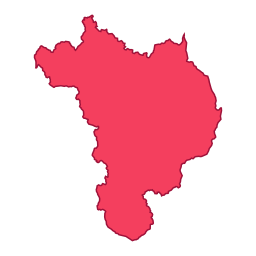 Huanta, Ayacucho, Peru (Albers equal-area conic projection)
{"feature_id": "86281439B1534497598484", "entity_name": "Huanta", "entity_type": "district", "adm_level": 2, "iso_a3": "PER", "parent_name": "Peru", "parent_adm1": "Ayacucho", "projection": "albers", "projection_center": [-74.213, -12.61], "detail": "fine", "context": "isolated", "style": "filled", "palette": "rose", "viewbox_px": 256, "rotation_deg": 0, "n_neighbors": 0, "source": "geoboundaries", "source_scale": "gbopen_adm2", "svg_char_len": 5678}
<svg xmlns="http://www.w3.org/2000/svg" viewBox="0 0 256 256"><path d="M99.7,198.8L99.5,201.2L98.3,203.2L98.0,205.1L97.1,205.9L97.7,209.3L98.6,209.8L99.5,209.4L99.9,209.4L100.8,210.1L102.4,209.4L103.4,209.6L105.4,211.0L105.7,211.7L104.9,213.3L104.7,216.9L105.2,219.4L106.2,221.2L106.5,224.3L108.1,227.1L111.8,229.5L112.5,230.4L114.9,231.8L115.3,232.2L115.5,233.0L116.6,233.4L117.8,233.5L118.9,234.7L126.0,236.4L132.4,240.6L134.9,239.7L136.2,239.7L138.3,238.6L139.0,237.3L140.4,236.6L141.5,235.4L142.9,235.0L144.3,234.1L145.4,233.0L145.8,231.9L147.4,230.0L149.9,229.1L150.2,228.5L150.3,224.7L150.8,224.3L152.3,224.2L153.1,223.7L153.3,223.0L152.9,220.1L152.2,219.3L152.1,218.5L151.3,217.8L151.3,217.0L152.2,216.3L152.6,214.5L152.2,213.6L150.9,212.4L150.1,212.2L150.6,210.8L150.0,209.8L149.9,208.7L148.5,206.7L146.7,205.8L146.4,205.0L147.1,203.8L146.1,202.6L146.1,202.0L146.5,201.2L146.4,200.5L145.5,199.4L143.6,198.8L143.2,197.9L143.2,196.3L142.2,195.1L142.3,194.9L144.4,194.1L145.0,193.0L145.3,191.8L146.5,191.4L147.4,190.5L148.7,190.1L149.3,190.6L150.2,190.0L151.2,190.2L152.3,189.8L153.0,190.9L153.8,191.2L155.0,193.6L155.5,193.5L156.1,193.8L157.3,193.5L157.3,192.3L157.9,192.4L158.9,192.0L161.2,194.4L161.6,195.8L162.3,195.4L164.3,195.0L165.5,193.6L168.1,193.3L168.5,192.7L168.3,192.0L168.5,191.4L171.3,190.1L173.0,188.1L173.6,187.6L175.0,187.3L175.5,186.6L177.0,186.6L178.3,187.8L179.4,187.2L180.1,186.6L180.3,185.3L179.5,183.9L180.4,181.9L180.7,179.2L182.2,175.7L180.4,171.8L180.0,170.0L181.1,166.9L181.4,164.7L182.3,163.7L183.8,163.2L184.6,163.3L185.9,161.0L186.8,160.2L189.9,159.5L191.4,158.2L193.1,158.7L195.2,156.7L198.7,156.3L200.7,156.6L201.7,156.4L206.8,154.2L208.5,151.0L209.3,148.5L211.6,145.4L212.2,143.4L211.6,141.5L211.6,140.3L212.5,139.2L214.1,138.8L215.7,137.1L215.4,135.7L214.6,133.9L214.2,131.1L215.0,130.1L215.6,128.5L216.8,127.3L217.1,124.9L218.0,122.6L220.9,119.3L220.4,116.1L221.5,110.7L221.3,108.0L220.5,108.0L219.1,109.8L218.0,110.2L216.5,109.6L215.5,108.3L215.3,107.2L215.9,106.0L215.3,103.4L216.1,100.8L215.5,97.3L214.8,96.1L214.4,94.6L212.0,90.9L211.0,88.3L209.3,82.2L208.9,79.9L207.7,76.2L204.2,75.3L202.8,72.9L201.8,72.4L199.3,70.4L197.2,69.2L196.3,68.0L196.1,66.8L195.7,66.4L194.0,65.8L192.8,62.4L192.3,62.0L190.8,61.7L189.3,62.2L186.7,61.3L186.7,60.5L187.8,58.4L186.7,52.9L185.8,50.5L186.6,42.8L185.0,39.7L184.0,36.9L184.3,35.4L184.2,34.4L183.5,35.6L182.6,38.3L182.7,41.0L182.4,41.8L180.7,43.9L179.3,44.9L178.2,44.8L176.9,43.7L173.8,43.3L172.9,42.2L171.3,41.4L169.9,39.4L169.4,39.2L168.1,40.5L166.9,40.6L165.6,41.2L165.0,42.7L164.5,43.1L163.2,43.5L162.1,43.1L161.6,43.2L160.3,44.4L158.6,44.2L155.0,44.9L154.8,45.2L154.0,50.1L153.4,51.1L153.3,52.4L151.3,54.0L149.6,57.2L149.0,57.6L148.1,57.7L147.1,57.2L146.7,56.4L146.6,54.6L147.0,53.4L146.6,52.8L143.9,53.4L143.2,54.2L143.2,55.1L142.6,55.3L139.4,54.3L137.8,52.2L135.5,52.5L134.5,53.5L133.2,53.2L132.4,52.5L132.7,50.1L131.9,49.7L129.5,49.7L127.7,48.6L127.2,48.7L126.1,49.9L124.8,49.5L123.9,48.4L124.2,47.8L125.5,46.8L124.2,45.7L124.9,43.4L123.2,43.1L122.4,41.5L121.3,40.7L119.2,41.5L118.1,41.2L117.6,40.6L117.5,38.3L115.1,37.9L113.9,35.6L112.0,33.6L108.5,33.9L106.6,31.3L106.9,30.0L106.6,29.4L105.2,30.2L104.5,30.3L101.6,29.6L101.2,30.0L100.8,31.5L99.1,31.1L95.4,27.3L95.7,26.8L97.1,26.4L96.3,25.2L96.5,24.1L96.2,22.5L95.4,21.6L94.1,22.4L93.4,22.2L93.3,21.0L91.6,17.7L93.0,16.8L93.1,16.3L92.5,15.4L91.8,15.4L88.9,17.3L87.9,17.2L87.3,17.9L84.8,17.4L84.0,18.1L84.5,19.1L84.4,19.9L83.5,19.7L82.7,20.5L82.3,21.7L82.7,22.1L82.8,22.7L83.4,23.2L83.8,24.3L84.5,24.9L84.4,25.8L85.3,27.3L85.1,29.6L85.5,31.0L83.2,33.5L83.2,34.3L82.5,35.4L81.2,36.9L81.5,39.1L83.3,40.9L83.4,41.8L82.9,42.4L81.8,42.9L80.4,44.7L78.0,46.5L77.0,48.5L75.5,50.3L74.6,49.4L74.0,47.3L72.3,46.8L71.6,46.2L71.5,45.7L70.8,45.2L70.5,44.0L69.6,43.4L69.6,42.3L68.5,41.8L65.6,41.4L64.3,42.2L62.2,41.8L61.0,42.0L59.7,43.6L58.4,43.4L56.0,45.2L55.2,47.5L55.6,47.8L55.7,48.7L54.0,49.8L52.9,52.3L51.2,52.2L49.9,50.2L48.7,50.2L48.2,49.6L47.1,49.2L45.9,47.8L44.0,47.5L41.7,45.9L40.8,46.1L40.2,46.7L39.6,48.5L38.4,49.2L38.1,50.3L36.7,51.6L36.0,54.1L34.6,55.1L34.5,57.6L35.8,60.8L36.0,62.1L36.0,66.9L35.8,67.8L36.2,67.9L36.8,67.5L38.0,65.0L38.6,64.6L41.5,67.6L42.4,67.9L42.6,68.3L42.7,70.5L44.1,71.5L44.9,72.8L44.9,74.7L45.9,76.1L46.0,77.1L47.3,77.7L49.1,76.8L49.6,77.0L49.9,78.7L50.3,79.3L50.2,81.1L50.5,82.0L49.2,83.7L50.2,84.9L53.8,87.3L54.3,87.2L55.2,86.4L58.7,86.0L60.9,85.7L64.4,86.3L66.2,85.8L68.7,86.9L70.1,86.5L71.4,86.7L72.4,86.2L74.0,86.1L75.2,87.1L77.3,87.8L78.1,90.2L79.2,91.8L78.7,93.7L76.7,95.2L76.5,96.5L75.8,98.0L76.6,99.3L77.1,99.5L78.5,99.1L79.9,100.7L79.9,102.8L80.3,104.6L79.6,106.3L80.2,107.3L81.0,107.8L81.2,108.7L83.1,110.6L83.5,111.5L83.7,115.1L82.8,116.6L82.9,117.1L83.9,118.2L85.3,118.3L86.6,119.0L88.0,119.4L88.2,119.9L87.5,121.2L87.6,122.3L88.8,124.1L92.8,125.2L94.9,126.3L96.9,126.9L98.0,126.3L98.5,126.5L98.6,127.7L98.4,128.6L97.0,129.7L95.5,129.5L94.9,130.0L94.9,130.8L94.1,131.5L94.0,132.0L94.6,134.7L95.3,136.0L96.6,137.0L96.5,139.8L97.4,141.1L97.6,142.0L97.8,146.0L96.3,148.2L95.1,148.1L94.4,148.6L93.9,150.5L92.4,154.2L92.3,155.4L94.4,157.9L94.5,159.4L96.7,160.5L96.8,161.1L96.4,161.5L97.5,162.4L98.4,162.5L99.5,161.8L100.2,160.7L101.2,160.5L102.5,161.2L103.9,162.9L105.4,163.5L106.0,164.1L107.4,166.3L106.2,168.1L106.9,169.3L108.0,170.1L108.0,170.8L107.5,171.7L108.3,173.6L107.9,174.8L108.0,176.9L107.5,177.2L105.6,176.3L104.9,178.0L105.9,179.8L105.8,181.3L106.4,182.9L105.8,184.3L105.3,184.6L102.8,183.6L102.3,184.0L101.8,185.1L101.2,185.5L99.8,185.5L98.7,184.9L97.2,185.8L96.8,188.0L96.3,189.5L96.5,191.4L97.6,193.4L97.7,194.4L99.3,197.2L99.7,198.8Z" fill="#f43f5e" stroke="#9f1239" stroke-width="1.5"/></svg>